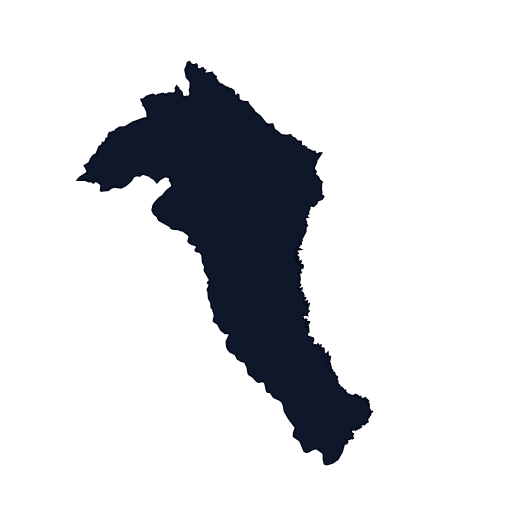 Gorontalo, Gorontalo, Indonesia, rotated 219°
{"feature_id": "22746128B1660874628525", "entity_name": "Gorontalo", "entity_type": "district", "adm_level": 2, "iso_a3": "IDN", "parent_name": "Indonesia", "parent_adm1": "Gorontalo", "projection": "natural_earth1", "projection_center": [122.789, 0.702], "detail": "fine", "context": "isolated", "style": "filled", "palette": "ink", "viewbox_px": 512, "rotation_deg": 219, "n_neighbors": 0, "source": "geoboundaries", "source_scale": "gbopen_adm2", "svg_char_len": 6091}
<svg xmlns="http://www.w3.org/2000/svg" viewBox="0 0 512 512"><g transform="rotate(219 256 256)"><path d="M247.1,348.7L251.1,354.0L251.0,355.2L254.7,355.1L256.8,356.5L261.1,356.8L262.7,357.6L262.1,359.0L262.6,359.6L264.1,359.6L266.2,360.8L267.9,366.7L268.9,368.2L269.7,377.4L271.7,376.0L271.7,374.6L273.5,373.1L276.1,374.4L277.7,372.9L281.9,372.2L283.9,370.9L285.3,372.4L286.6,371.4L288.0,371.9L288.6,370.8L290.3,370.4L293.1,373.5L296.1,371.3L300.0,372.1L302.1,371.2L305.5,372.0L307.6,369.3L312.6,366.1L318.4,366.4L320.9,365.8L326.1,369.1L329.1,366.2L329.1,364.2L329.8,364.5L329.7,366.0L331.8,365.4L340.5,367.4L348.4,367.2L349.3,368.1L356.8,369.2L359.4,370.7L363.0,368.1L366.4,367.0L368.1,367.3L370.9,370.4L372.1,370.1L372.0,367.8L373.1,367.2L377.0,370.4L378.2,370.6L381.2,370.2L383.0,368.8L383.9,369.4L385.6,368.4L391.3,367.9L391.7,367.0L393.0,366.7L394.0,367.5L395.1,367.1L396.8,368.3L398.7,368.3L399.8,370.3L400.4,370.4L401.1,369.2L401.9,370.3L404.2,370.3L405.6,371.2L410.7,365.6L411.8,366.6L412.2,368.7L413.2,367.9L415.4,369.0L416.5,368.0L416.8,366.4L418.8,365.0L420.7,365.5L421.4,367.1L423.3,367.7L424.1,365.8L426.8,364.3L430.0,365.3L431.1,363.0L429.7,360.7L428.5,356.1L422.4,351.0L417.3,350.2L416.1,349.3L413.1,345.3L412.5,343.4L409.2,340.7L408.3,335.7L410.4,336.6L411.1,335.1L413.6,334.1L416.9,336.8L421.3,337.0L421.6,337.8L422.6,337.1L423.1,338.0L424.7,338.3L424.3,335.5L422.3,334.3L421.9,332.3L423.0,329.4L424.0,329.6L426.2,327.9L427.0,326.6L426.5,324.7L428.3,325.1L428.6,323.1L429.5,324.0L430.7,323.8L434.2,319.1L435.0,316.5L436.3,317.2L437.9,316.8L441.4,311.5L442.6,306.3L443.3,305.6L444.6,305.8L442.1,304.2L440.6,304.1L438.4,301.8L437.0,302.1L431.6,299.4L427.4,295.2L430.2,292.1L436.1,282.3L439.1,273.7L443.1,270.2L444.6,265.8L444.2,263.5L445.9,262.4L446.5,259.9L447.6,259.8L447.1,257.3L445.3,254.8L446.5,253.1L445.3,250.3L445.5,247.7L446.8,247.6L445.7,245.6L446.8,242.3L444.5,234.8L445.8,231.9L445.7,227.6L444.4,223.3L445.7,220.1L445.4,219.2L446.4,218.3L440.9,216.0L439.8,214.4L442.6,206.2L442.7,202.4L436.2,207.5L432.6,208.5L431.1,210.2L428.3,210.3L427.7,213.5L422.4,213.9L420.5,213.0L417.9,208.9L417.2,209.0L412.0,214.2L411.4,217.4L409.4,220.5L403.8,223.9L401.9,227.7L400.8,232.4L400.4,235.7L400.9,240.9L399.3,243.4L396.6,245.0L395.6,248.5L388.8,251.1L386.8,250.8L383.6,251.5L379.0,250.5L378.9,254.4L376.7,260.5L372.4,262.6L370.8,260.4L367.7,259.3L365.1,257.4L366.7,250.3L366.6,243.9L367.8,240.6L368.2,233.8L367.8,230.5L365.6,226.2L362.0,224.4L356.5,224.3L355.8,223.2L355.1,223.5L354.0,222.6L341.1,224.9L339.4,224.0L336.5,225.2L332.9,227.9L330.8,228.2L328.7,229.5L321.6,229.7L319.7,228.7L318.2,224.8L317.0,224.3L314.6,224.3L308.8,226.4L307.5,225.4L307.1,222.4L306.5,221.9L303.8,222.4L302.8,223.7L298.6,222.8L293.5,217.5L289.1,215.5L287.1,212.2L277.5,208.5L276.5,207.4L277.0,205.6L276.5,204.4L275.3,204.8L273.9,203.9L272.6,199.0L271.0,198.3L265.9,193.0L262.1,191.7L258.3,187.7L255.6,187.4L254.9,186.2L253.6,185.8L250.0,182.6L249.6,180.7L247.8,178.4L242.9,179.0L236.8,176.3L231.4,176.3L228.0,178.9L227.2,178.8L225.3,170.8L221.6,167.0L219.3,165.8L215.9,165.0L210.1,166.4L205.8,164.3L201.6,164.8L197.9,166.4L192.7,163.9L188.1,159.8L186.6,159.4L182.5,160.0L176.3,159.0L174.5,159.6L171.9,162.7L169.4,163.0L162.7,157.7L161.4,157.4L159.1,159.0L153.4,157.2L147.0,158.9L144.1,158.9L140.9,157.4L135.9,153.0L128.0,150.1L117.2,147.4L115.6,142.4L113.2,139.3L105.5,139.9L95.8,134.6L93.7,134.9L92.3,136.2L89.7,142.2L87.6,144.4L80.2,144.9L78.4,143.9L75.9,140.5L72.5,137.8L71.4,137.5L69.3,138.8L66.0,143.7L64.4,149.6L65.8,158.1L69.1,165.5L67.3,167.2L67.9,169.4L69.1,169.7L69.3,170.8L67.7,172.7L67.9,173.8L66.0,174.7L65.8,175.6L68.0,177.0L68.3,179.1L70.3,178.7L73.3,180.8L71.8,181.2L69.9,183.3L69.0,183.3L69.8,185.0L69.2,186.1L69.2,184.7L68.2,185.0L68.1,186.2L67.0,187.4L67.4,188.6L66.6,189.2L66.8,190.1L68.1,189.8L68.6,190.8L67.8,192.0L65.7,193.0L65.4,195.5L65.8,196.3L64.5,197.1L64.8,197.8L65.9,197.5L66.0,199.0L67.1,200.2L66.7,202.1L68.1,203.4L68.1,204.2L67.0,204.3L68.1,206.7L67.4,208.9L69.5,206.8L70.6,208.5L72.0,208.4L75.0,212.3L78.0,212.1L77.0,212.9L77.1,214.1L79.9,214.5L80.8,213.8L81.7,214.8L82.5,213.4L82.4,212.3L85.4,211.7L86.2,212.7L87.4,211.0L88.5,211.7L91.0,211.4L91.9,210.5L90.5,209.8L94.8,207.4L97.1,207.0L97.2,206.1L99.1,206.1L99.7,207.0L101.2,206.6L102.0,207.9L102.5,206.9L104.6,207.8L105.7,207.0L106.4,208.0L108.4,206.8L109.3,208.1L112.4,208.3L113.5,210.1L115.5,210.9L116.6,213.3L119.3,213.1L121.7,214.8L123.5,214.2L124.9,215.6L126.6,214.3L126.8,216.1L131.4,219.6L132.1,219.8L133.2,218.4L132.9,221.4L135.0,224.7L136.7,223.4L139.5,226.4L139.7,223.3L140.3,223.1L142.6,224.2L145.0,226.9L148.2,225.4L149.5,227.7L150.5,225.9L152.5,226.7L152.3,224.5L153.9,224.5L155.6,222.5L157.5,224.3L158.2,226.8L159.9,228.3L165.2,226.2L167.8,227.9L167.1,230.2L171.2,234.4L172.0,234.1L171.8,232.4L172.7,232.0L172.5,237.1L173.1,238.5L174.3,237.8L174.8,234.9L176.6,238.6L177.7,238.2L178.4,235.9L180.5,238.0L182.1,238.3L182.2,239.2L180.6,241.2L178.4,242.1L180.2,243.9L180.1,246.7L181.0,246.3L182.6,247.5L183.9,247.3L183.2,248.8L184.6,252.4L186.5,249.4L187.2,252.8L187.9,253.5L190.2,250.5L191.3,251.9L190.8,253.6L191.2,254.7L193.3,253.7L193.9,255.5L196.3,256.9L200.7,256.7L200.8,257.9L199.2,258.7L199.9,260.1L202.7,256.7L203.2,257.5L203.0,261.6L205.1,261.9L207.2,265.9L210.7,269.1L212.1,269.5L210.3,271.5L213.0,273.2L213.4,274.9L214.4,275.8L213.8,276.7L212.8,275.6L212.0,275.9L213.1,278.2L214.2,278.6L217.4,277.0L217.3,280.1L218.1,280.6L218.7,278.4L220.9,276.9L220.2,279.9L221.1,280.4L221.6,278.8L222.3,278.9L221.9,281.9L223.8,282.1L224.7,280.0L224.9,281.9L226.3,283.0L224.9,283.9L225.0,284.8L226.3,285.0L227.3,283.6L227.9,283.8L227.2,287.4L225.2,289.4L229.1,288.5L228.5,291.2L230.3,292.9L228.7,292.9L228.2,293.6L229.7,295.2L230.0,296.9L231.0,297.6L232.6,306.3L235.3,309.7L235.2,312.0L236.3,312.4L237.4,311.6L238.0,314.1L241.7,315.8L241.6,317.0L240.0,318.8L241.5,318.8L242.1,319.7L241.6,322.0L242.9,322.7L244.2,327.1L245.4,327.9L245.2,329.5L242.5,330.7L241.8,334.9L242.8,337.4L240.3,341.9L240.8,345.0L244.2,344.8L244.8,346.9L247.1,348.7Z" fill="#0f172a" stroke="#020617" stroke-width="1.5"/></g></svg>